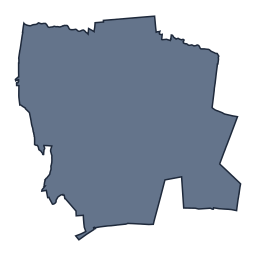 Cortazar, Guanajuato, Mexico (Natural Earth projection)
{"feature_id": "50627088B71980494366589", "entity_name": "Cortazar", "entity_type": "district", "adm_level": 2, "iso_a3": "MEX", "parent_name": "Mexico", "parent_adm1": "Guanajuato", "projection": "natural_earth1", "projection_center": [-100.945, 20.422], "detail": "fine", "context": "isolated", "style": "filled", "palette": "slate", "viewbox_px": 256, "rotation_deg": 0, "n_neighbors": 0, "source": "geoboundaries", "source_scale": "gbopen_adm2", "svg_char_len": 5434}
<svg xmlns="http://www.w3.org/2000/svg" viewBox="0 0 256 256"><path d="M154.6,16.2L151.7,16.4L142.9,17.1L103.4,20.4L103.5,22.0L95.1,22.7L94.8,26.6L94.7,27.5L94.5,28.8L94.2,30.2L94.1,30.8L94.1,31.6L92.4,30.6L88.6,28.5L88.1,34.1L87.7,33.7L87.3,33.2L87.0,32.9L86.3,32.6L85.8,32.2L85.3,31.5L84.6,30.8L83.9,30.3L83.3,30.0L82.7,30.1L81.9,30.3L81.1,30.7L80.6,30.9L79.8,31.2L79.1,31.3L78.5,31.2L77.8,30.8L76.4,29.6L76.1,29.4L75.7,29.3L75.4,29.3L73.9,29.6L72.5,29.7L71.4,29.7L70.7,29.6L70.0,29.4L69.5,29.1L69.1,28.6L68.2,26.7L67.9,26.5L67.6,25.9L67.3,25.6L67.0,25.5L65.9,25.4L65.2,25.5L64.2,25.4L63.9,25.6L63.7,25.8L63.4,25.9L63.0,25.8L62.8,25.8L62.6,26.0L62.3,26.2L60.2,26.9L59.6,27.0L59.3,26.9L58.0,26.7L57.6,26.6L56.2,26.7L55.9,26.7L54.5,26.3L54.2,26.3L53.7,26.5L53.3,26.5L52.9,26.8L52.5,26.9L51.8,27.0L51.1,27.0L49.8,27.3L49.3,27.4L48.9,27.3L48.5,27.2L48.2,27.0L47.8,26.6L47.5,26.1L47.1,25.3L46.7,24.7L46.3,24.2L45.9,23.9L45.6,23.5L45.3,23.4L44.1,23.4L43.6,23.4L42.1,23.7L41.6,23.7L41.1,23.7L40.7,23.6L39.1,23.0L38.8,22.9L38.5,22.9L38.3,22.9L38.1,23.1L37.5,23.6L37.1,23.9L36.5,24.2L36.0,24.4L33.8,24.6L33.1,24.7L31.8,25.2L31.1,25.6L30.8,25.6L30.2,25.8L29.7,25.8L29.2,25.6L28.9,25.5L28.2,25.6L27.9,25.5L27.5,25.2L26.9,25.2L26.6,25.1L26.0,24.7L25.4,24.4L25.0,24.3L24.5,24.0L23.9,23.2L23.8,23.7L23.2,27.4L22.7,31.3L22.6,31.8L22.5,32.2L22.8,32.3L22.1,36.1L20.1,49.7L19.9,50.1L18.7,58.2L18.9,59.8L18.9,62.8L18.9,63.0L18.6,63.0L18.6,70.5L18.6,72.3L18.7,76.8L18.4,76.8L15.4,79.4L15.7,80.8L18.4,79.6L18.6,79.7L18.6,81.2L18.2,81.2L18.2,82.3L18.1,82.6L17.8,82.8L16.6,82.8L16.5,83.1L16.6,83.4L16.6,83.9L16.6,85.5L18.7,85.6L18.9,85.6L18.8,95.5L18.9,97.5L19.8,104.9L20.2,104.7L21.7,105.7L23.4,106.9L23.7,107.0L25.4,108.1L25.4,108.7L29.4,112.6L30.5,117.9L30.8,119.5L31.0,120.6L31.1,121.2L31.1,121.3L31.6,124.4L32.1,126.4L32.6,127.8L33.1,130.7L33.3,132.0L33.7,132.7L33.7,133.2L33.8,134.0L34.2,135.3L34.1,136.1L34.2,136.3L34.5,137.0L34.6,139.4L34.6,141.6L34.6,144.6L35.4,144.9L36.0,145.3L37.4,145.4L38.2,146.8L38.9,149.7L41.1,151.3L41.7,152.4L42.3,153.0L42.8,153.8L42.7,154.3L43.1,154.6L43.6,154.5L43.8,151.6L43.9,151.4L44.0,149.8L44.7,148.7L44.6,147.9L44.0,146.4L43.9,145.5L47.3,145.6L51.8,146.0L51.5,147.1L51.1,148.2L50.6,150.1L50.6,150.6L50.6,151.1L50.7,151.6L51.7,155.2L51.9,155.6L51.9,155.8L51.8,157.1L51.9,159.9L51.8,162.2L51.7,162.8L51.7,163.1L51.4,164.1L51.3,164.9L51.3,165.1L50.9,165.9L51.0,168.0L51.0,168.9L51.0,169.2L50.9,169.7L50.3,171.5L49.9,173.2L49.8,174.1L49.7,174.3L49.1,175.0L48.8,175.5L48.6,175.8L48.0,176.4L47.3,177.3L47.1,177.6L47.0,177.8L46.7,178.0L46.2,178.3L45.5,179.2L44.9,179.9L45.2,180.1L44.7,181.8L44.5,182.6L44.5,183.0L44.3,183.9L44.3,184.2L44.2,184.5L44.2,185.0L44.3,185.7L44.1,186.0L45.1,186.0L42.4,189.3L42.0,189.9L41.9,190.5L41.8,191.1L46.3,190.4L47.7,197.6L49.0,197.4L49.2,198.1L52.4,204.1L52.7,204.2L53.0,204.2L53.3,204.1L54.0,203.9L54.6,203.5L55.5,202.8L55.6,202.6L55.9,202.1L56.0,202.0L56.1,201.4L56.1,200.6L56.1,200.3L56.2,200.0L57.6,197.6L57.8,197.2L58.0,197.0L58.2,196.8L60.1,195.5L61.0,194.9L61.3,194.8L62.4,194.7L62.8,194.5L63.0,195.2L64.2,195.2L64.8,198.5L65.1,198.4L75.8,210.8L76.0,211.0L76.2,215.8L83.3,215.3L83.5,219.2L83.9,224.0L84.1,225.6L84.3,227.3L85.8,231.5L81.6,233.6L79.7,234.4L75.7,235.9L78.9,239.8L86.7,234.2L94.0,229.5L93.6,227.6L94.4,227.3L95.4,228.6L95.5,228.6L95.7,227.6L96.5,227.5L99.8,226.9L107.8,225.9L111.2,225.7L115.7,225.2L117.9,224.9L118.1,224.9L125.8,224.1L127.1,223.7L127.4,223.5L127.5,223.4L133.0,223.6L138.5,223.9L140.7,224.0L148.9,224.5L153.3,224.3L154.0,221.4L154.7,218.7L158.6,204.2L160.7,196.3L164.9,180.1L165.0,179.9L181.6,176.8L183.7,208.0L195.3,208.2L198.6,209.0L210.3,208.2L212.3,209.1L213.4,209.1L213.6,207.8L219.2,208.7L220.9,208.8L223.5,209.0L225.1,209.1L228.8,209.3L229.5,209.4L230.8,209.5L231.6,209.6L236.6,210.6L236.9,208.0L237.9,200.5L238.2,198.6L238.5,197.1L238.9,194.1L239.0,194.1L239.3,191.8L240.0,187.0L240.6,183.9L239.1,182.4L238.7,182.0L237.1,180.5L234.2,177.7L233.2,176.7L232.7,176.3L225.8,169.7L219.7,164.0L220.2,162.5L223.8,152.8L225.0,149.8L225.1,149.5L225.3,148.9L226.0,147.0L227.8,142.5L228.0,141.8L229.2,138.8L237.5,116.7L235.2,116.3L232.8,115.9L224.5,114.0L222.2,112.7L217.7,110.9L216.7,110.6L215.1,109.9L213.5,108.8L212.8,108.3L212.1,107.6L213.1,99.6L214.2,90.5L214.3,89.2L214.4,87.9L214.6,86.7L214.7,86.0L214.8,85.1L215.1,83.4L215.2,82.5L215.3,81.7L215.8,77.4L216.3,73.1L217.2,66.1L217.4,64.0L217.9,64.0L218.5,59.3L218.3,57.1L218.5,56.9L218.8,56.1L218.3,55.4L218.1,54.9L217.5,54.3L217.4,53.7L217.0,53.4L215.9,53.4L215.5,53.3L215.2,53.2L213.9,52.5L211.2,51.3L209.4,49.8L208.7,49.4L206.6,49.2L204.3,48.9L201.4,48.9L201.0,48.9L200.8,48.8L200.6,48.6L200.3,48.3L200.0,47.9L199.6,46.9L199.1,46.0L198.6,45.5L198.3,45.3L197.6,45.0L197.2,45.0L196.8,45.1L196.0,45.6L194.0,45.9L193.1,45.5L192.6,45.2L191.8,44.9L191.0,45.0L190.7,45.1L189.8,45.3L189.0,45.3L188.1,45.0L187.6,44.4L186.5,43.8L185.6,43.7L185.4,43.8L183.5,43.0L183.2,41.4L183.3,41.3L183.9,40.8L184.0,39.9L183.0,39.3L181.8,39.8L179.5,39.2L179.3,39.0L178.1,38.3L176.5,38.9L176.3,39.0L176.1,39.1L175.8,38.6L175.4,38.4L175.1,38.3L174.6,37.8L174.0,37.5L173.8,37.3L173.2,36.4L172.6,35.4L172.3,35.2L171.3,35.0L171.0,37.4L170.9,39.2L170.6,39.1L170.3,40.5L166.5,39.3L162.5,39.7L161.7,39.5L162.2,34.4L161.6,34.6L159.6,34.2L159.6,33.7L159.5,33.4L159.3,33.2L159.9,31.3L159.3,31.5L158.8,31.6L157.3,31.8L156.2,32.2L155.7,28.0L155.0,20.4L154.6,16.4L154.6,16.2Z" fill="#64748b" stroke="#1e293b" stroke-width="1.5"/></svg>